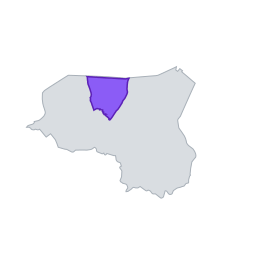 Al-Najaf, An-Najaf, Iraq shown in context, rotated 143°
{"feature_id": "34846034B29737598200853", "entity_name": "Al-Najaf", "entity_type": "district", "adm_level": 2, "iso_a3": "IRQ", "parent_name": "Iraq", "parent_adm1": "An-Najaf", "projection": "albers", "projection_center": [43.801, 31.101], "detail": "fine", "context": "in_parent", "style": "filled", "palette": "violet", "viewbox_px": 256, "rotation_deg": 143, "n_neighbors": 0, "source": "geoboundaries", "source_scale": "gbopen_adm2", "svg_char_len": 6939}
<svg xmlns="http://www.w3.org/2000/svg" viewBox="0 0 256 256"><g transform="rotate(143 128 128)"><path d="M106.4,52.8L107.9,52.4L110.8,50.1L112.4,48.0L113.0,47.8L114.4,48.5L115.5,48.7L117.9,47.9L119.3,48.3L120.5,48.9L121.2,48.9L124.4,50.3L125.2,50.5L126.9,50.6L129.4,50.7L131.0,49.8L132.2,49.0L133.0,49.0L133.7,49.2L134.4,49.6L134.9,50.2L135.2,51.1L135.1,54.0L135.4,54.8L135.8,55.3L136.4,55.4L137.0,54.8L138.2,53.9L139.7,52.8L140.8,51.9L141.4,51.6L142.4,51.6L143.3,51.8L143.9,52.2L143.9,52.3L144.4,53.7L145.7,58.8L146.5,59.4L147.3,60.0L147.9,60.7L148.1,61.5L148.1,62.7L148.1,64.1L148.5,65.1L149.0,65.9L149.4,66.3L150.1,66.3L150.9,66.5L151.5,67.3L153.3,73.1L153.4,73.9L154.2,74.1L155.4,74.0L156.6,74.5L157.9,75.5L159.2,77.2L160.0,77.5L162.6,77.2L166.2,77.4L167.9,78.3L167.7,78.8L166.5,79.5L164.2,80.3L163.6,81.6L163.2,83.2L163.3,84.1L163.9,85.1L165.5,87.1L165.6,87.8L165.9,88.8L166.3,89.5L166.0,90.8L164.5,91.7L162.6,92.8L158.8,97.3L158.6,98.3L158.6,100.9L158.2,101.7L157.0,101.7L156.1,101.5L156.0,102.5L155.4,103.7L155.1,104.8L156.6,107.3L156.8,108.6L156.6,109.8L155.3,112.0L154.6,113.4L154.8,113.7L155.8,114.3L159.1,118.8L160.2,120.4L161.5,120.0L162.1,120.0L162.5,120.3L162.7,120.8L162.7,121.5L162.4,122.5L164.2,122.9L164.8,124.0L166.9,127.5L166.9,128.6L165.9,130.3L165.9,131.5L166.2,132.5L166.5,132.8L169.5,132.9L170.8,133.3L174.0,135.0L177.6,137.8L180.6,140.0L183.2,141.9L185.9,141.7L186.6,142.0L187.3,142.6L188.1,144.2L189.8,147.8L191.1,149.0L193.3,151.9L195.3,154.6L194.1,158.4L193.1,162.3L193.2,167.3L193.3,170.0L195.9,170.0L198.8,170.0L199.0,173.3L199.1,176.5L199.3,180.2L200.2,180.3L201.5,181.1L202.2,182.2L202.9,182.9L203.8,182.9L204.7,183.5L205.6,184.5L206.0,185.3L205.8,185.9L206.0,186.8L206.6,188.2L207.4,188.8L208.6,189.6L207.1,190.1L205.4,189.8L201.7,188.4L200.6,188.4L199.1,189.0L199.0,189.6L195.2,187.9L193.8,187.6L193.3,187.6L191.2,187.7L188.1,188.1L186.3,188.9L185.1,189.7L184.5,190.5L184.3,190.9L183.4,193.2L182.4,196.2L181.3,198.8L179.1,202.6L177.8,204.3L175.2,207.5L172.2,208.2L165.3,207.8L157.6,207.2L150.0,206.6L144.4,206.1L143.9,206.0L138.3,201.5L133.9,197.9L128.4,193.5L122.8,188.9L117.2,184.3L113.1,180.9L108.2,176.5L103.7,172.6L100.2,169.4L95.7,166.6L92.2,164.4L87.1,161.2L83.0,158.6L79.5,156.4L74.2,153.0L72.4,152.1L66.8,150.8L61.5,149.7L56.1,148.5L52.4,147.8L54.9,145.6L54.3,143.4L52.5,143.8L50.9,144.2L50.0,140.9L51.3,140.6L50.3,136.3L49.3,131.9L48.4,127.7L47.4,123.3L52.1,120.8L55.6,118.9L60.5,116.2L65.2,113.6L69.7,111.1L74.6,108.4L79.0,105.9L82.9,104.9L83.8,104.1L85.7,100.6L87.3,97.6L87.4,96.9L87.5,92.6L87.8,87.6L88.4,84.9L89.3,82.6L90.2,80.8L90.3,79.2L90.2,77.6L89.5,75.1L88.7,72.4L88.8,69.9L89.0,68.6L89.6,66.5L90.5,64.9L91.5,64.0L95.2,63.1L97.4,62.5L100.3,59.8L102.1,58.2L104.5,55.6L106.3,53.7L106.4,53.0L106.4,52.8Z" fill="#d9dde1" stroke="#a8b0b8" stroke-width="1"/><path d="M139.5,159.5L139.0,159.2L138.6,158.8L138.0,158.2L137.7,158.0L137.6,157.8L137.4,157.5L137.5,157.4L137.8,157.2L138.0,156.9L138.3,156.8L138.5,156.7L138.5,156.1L138.2,155.8L138.1,155.7L137.9,155.3L138.1,155.2L138.4,155.1L138.8,155.0L138.7,154.7L138.8,154.4L138.7,154.2L138.9,154.0L138.9,153.6L138.9,153.2L138.9,152.9L138.7,152.8L138.5,152.6L138.3,152.5L138.1,152.6L138.1,152.8L137.9,152.8L137.6,152.8L137.5,152.7L137.4,152.5L137.6,152.6L137.9,152.6L138.0,152.4L138.0,152.0L138.1,151.9L138.3,151.9L138.3,151.3L138.3,150.9L138.1,150.5L137.9,150.0L137.8,149.7L137.7,149.4L137.9,149.2L137.7,148.8L137.7,148.7L137.6,148.4L137.6,148.1L137.5,147.9L137.6,147.6L137.6,147.4L137.5,147.2L137.4,147.1L137.4,146.9L137.4,146.7L137.5,146.7L137.8,146.6L138.0,146.5L138.0,146.4L138.1,146.2L137.9,146.0L137.9,145.8L137.8,145.6L137.7,145.4L137.5,145.1L137.4,144.9L137.4,145.0L137.2,145.3L137.1,145.6L137.0,145.8L136.9,145.8L136.8,145.7L136.7,145.6L136.3,145.6L136.0,145.7L135.9,145.7L135.2,145.9L134.2,146.2L133.8,146.3L133.7,146.4L133.1,146.6L132.4,146.8L132.2,146.9L131.9,147.0L131.5,147.2L131.1,147.3L130.6,147.5L129.8,147.8L129.1,148.0L128.5,148.2L128.0,148.4L127.3,148.7L127.1,148.7L126.9,148.8L126.6,148.8L126.2,148.8L125.7,148.9L125.4,148.9L125.0,149.0L124.7,149.0L124.4,149.1L124.1,149.2L123.6,149.4L123.0,149.6L122.7,149.7L122.3,149.8L121.9,150.0L121.3,150.2L120.8,150.4L120.2,150.6L119.9,150.8L119.5,150.9L119.2,151.1L118.7,151.2L118.5,151.3L118.3,151.3L118.1,151.5L117.7,151.6L117.3,151.9L116.9,152.1L116.5,152.4L116.2,152.6L115.8,152.7L115.5,152.9L115.2,153.0L114.7,153.1L114.3,153.2L113.8,153.3L113.4,153.4L113.1,153.5L112.7,153.6L112.0,153.9L111.6,154.1L111.2,154.3L110.8,154.5L110.5,154.7L110.0,154.9L109.8,155.0L109.4,155.2L108.9,155.5L108.2,155.9L107.7,156.3L107.4,156.5L107.2,156.6L107.0,156.8L106.9,157.0L106.7,157.2L106.5,157.5L106.3,157.9L106.1,158.4L105.9,158.8L105.6,159.3L105.5,159.5L105.2,159.9L105.0,160.2L104.9,160.3L104.7,160.6L104.4,160.8L104.2,161.1L103.8,161.5L103.6,161.8L103.3,162.2L102.9,162.6L102.3,163.3L101.9,163.7L101.2,164.4L101.1,164.7L100.7,164.9L100.4,165.2L99.8,165.7L99.3,166.0L99.0,166.2L98.2,166.7L97.7,166.9L97.3,167.1L97.6,167.3L98.4,167.7L99.9,168.4L100.4,168.7L100.6,168.8L101.0,169.2L101.9,169.9L102.5,170.5L103.4,171.2L104.8,172.4L105.7,173.1L106.6,173.9L107.2,174.4L108.8,175.8L109.8,176.6L111.0,177.7L113.0,179.3L113.6,179.8L114.8,180.8L116.0,181.8L116.4,182.2L117.2,182.8L117.8,183.4L118.5,184.0L119.1,184.5L120.0,185.3L120.7,185.9L121.0,186.1L121.5,186.5L122.0,187.0L122.5,187.5L123.2,188.0L123.7,188.4L124.1,188.8L124.6,189.2L125.3,189.8L125.6,190.1L125.8,190.3L126.0,190.5L126.3,190.7L126.4,190.8L126.5,190.9L126.7,191.0L126.9,191.2L127.1,191.4L127.3,191.5L127.5,191.7L127.7,191.8L127.8,191.9L127.9,192.0L128.1,192.1L128.3,192.3L128.4,192.5L128.5,192.6L128.7,192.8L128.9,192.9L129.1,193.0L129.3,193.1L129.5,193.3L129.7,193.5L129.7,193.4L129.9,193.2L130.0,193.0L130.1,192.8L130.2,192.7L130.3,192.4L130.6,192.1L130.7,191.8L130.9,191.5L131.2,191.1L131.3,190.9L131.5,190.7L131.6,190.4L131.7,190.2L131.8,189.9L132.0,189.6L132.2,189.3L132.2,189.2L132.3,189.1L132.5,188.9L132.7,188.6L132.9,188.3L133.0,188.0L133.2,187.7L133.3,187.5L133.4,187.3L133.4,187.2L133.5,187.1L133.6,186.8L133.7,186.6L133.7,186.4L133.8,186.0L134.0,185.4L134.1,185.0L134.1,184.7L134.3,184.3L134.4,184.0L134.6,183.4L134.7,182.8L134.9,182.3L135.1,181.7L135.4,180.9L136.0,179.3L136.2,178.6L136.3,178.4L136.4,178.1L136.7,177.7L136.8,177.5L137.0,177.1L137.2,176.8L137.2,176.7L137.3,176.6L137.5,176.5L137.7,176.3L137.9,176.1L138.1,175.9L138.3,175.7L138.5,175.5L138.7,175.4L138.9,175.3L139.1,175.2L139.3,175.2L139.5,175.1L139.9,174.8L140.0,174.8L140.0,174.7L140.1,174.3L140.2,174.2L140.5,173.7L140.8,173.3L141.1,173.2L141.4,172.9L141.4,172.5L141.8,171.9L141.9,171.3L141.9,170.7L142.3,169.5L142.5,168.9L142.8,168.2L143.0,167.4L143.2,166.6L143.4,166.2L143.8,164.9L144.2,163.6L144.4,163.1L144.5,162.8L144.2,162.8L143.7,162.7L143.1,162.6L142.2,162.5L141.3,162.3L141.0,162.2L140.9,162.0L140.7,161.8L140.4,161.4L139.4,160.4L138.9,159.9L139.2,159.7L139.5,159.5L139.5,159.5Z" fill="#8b5cf6" stroke="#5b21b6" stroke-width="1.5"/></g></svg>